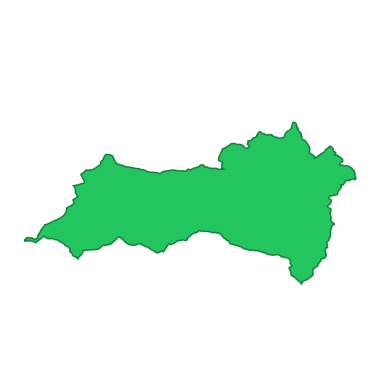 Santa Isabel, Azuay, Ecuador, rotated 276°
{"feature_id": "8360857B32737896699989", "entity_name": "Santa Isabel", "entity_type": "district", "adm_level": 2, "iso_a3": "ECU", "parent_name": "Ecuador", "parent_adm1": "Azuay", "projection": "equal_earth", "projection_center": [-79.364, -3.175], "detail": "fine", "context": "isolated", "style": "filled", "palette": "green", "viewbox_px": 384, "rotation_deg": 276, "n_neighbors": 0, "source": "geoboundaries", "source_scale": "gbopen_adm2", "svg_char_len": 6069}
<svg xmlns="http://www.w3.org/2000/svg" viewBox="0 0 384 384"><g transform="rotate(276 192 192)"><path d="M113.7,85.8L114.1,85.7L115.2,86.0L116.7,87.5L119.7,89.3L120.8,89.8L122.5,89.9L122.9,91.5L125.1,104.4L127.0,106.7L129.5,108.7L130.4,113.1L131.7,116.4L134.0,118.9L138.0,122.3L139.9,123.5L139.4,124.9L137.5,128.2L135.0,131.1L133.1,134.8L133.1,136.2L132.8,138.8L132.9,139.3L133.4,139.7L133.3,141.4L133.7,142.4L134.4,143.0L135.1,144.7L135.2,145.5L133.6,149.5L132.3,154.1L130.8,156.5L129.3,160.6L128.6,161.5L128.4,162.4L127.7,163.7L127.6,164.1L128.5,164.6L128.8,166.0L129.8,167.7L129.9,168.5L129.6,170.0L137.7,174.0L137.7,176.1L138.9,179.5L140.6,181.1L142.2,183.2L142.3,184.9L142.8,185.6L143.0,186.8L143.6,187.8L143.0,190.0L143.2,191.0L144.2,192.4L147.3,193.2L147.6,194.6L148.9,195.3L150.9,197.4L152.3,201.0L153.2,201.8L154.7,204.0L154.0,204.6L154.3,205.9L154.1,209.0L154.5,211.5L154.4,213.3L153.9,215.5L153.9,218.7L154.3,220.2L153.9,220.9L153.9,222.9L152.9,225.3L151.5,226.5L150.9,226.8L149.5,228.7L148.5,230.6L147.7,231.5L147.3,233.3L147.0,233.7L146.0,234.0L144.5,235.6L144.0,237.8L144.0,240.0L143.6,240.9L143.6,242.2L142.9,244.3L142.4,247.3L141.4,248.7L140.7,251.0L140.4,254.5L140.0,255.7L140.5,256.7L140.4,257.9L140.6,258.9L140.2,260.7L140.6,262.8L139.6,268.2L139.1,269.8L139.0,271.8L138.0,273.3L138.1,274.3L137.7,275.8L137.8,277.0L137.6,278.6L138.8,284.2L137.7,286.8L136.9,287.5L136.8,288.2L137.1,289.8L136.4,290.9L136.5,293.3L136.3,294.5L135.5,296.1L134.7,296.3L133.9,297.1L131.4,296.9L129.8,298.4L128.9,298.8L127.9,298.7L127.3,296.7L126.7,296.5L125.1,297.1L123.3,298.4L119.9,299.2L118.9,300.6L118.1,302.9L115.8,305.6L114.0,308.4L112.0,310.6L114.6,311.5L115.4,312.5L116.9,315.7L121.3,320.4L123.2,321.2L124.8,320.5L126.6,320.3L128.6,321.0L131.6,324.7L133.4,324.9L134.5,325.7L135.4,325.8L136.4,327.2L138.3,327.2L139.3,328.6L140.2,330.8L141.0,331.5L143.1,332.2L145.7,331.4L146.6,330.6L147.1,330.5L150.1,330.8L150.5,332.1L151.3,332.6L152.2,331.8L154.0,332.1L155.6,331.2L156.2,331.4L158.4,333.2L159.8,333.1L162.0,334.1L165.4,334.3L166.7,333.6L167.4,333.7L172.0,334.5L173.5,335.3L174.9,336.9L175.8,336.3L176.9,334.1L178.3,332.9L180.7,333.2L183.4,332.0L184.6,332.0L186.1,331.5L187.9,332.2L189.8,331.7L190.9,328.9L191.8,328.3L192.6,328.4L194.6,330.8L197.7,331.4L198.5,331.4L199.7,329.1L200.8,328.6L202.1,329.9L203.0,331.2L203.6,333.8L204.0,334.7L204.2,335.9L204.8,336.8L205.3,337.1L206.2,336.9L208.0,337.3L209.3,338.1L209.7,338.8L210.6,338.9L212.4,340.0L213.3,340.0L214.8,339.1L214.9,339.6L214.9,341.6L215.7,342.2L216.7,342.5L219.3,343.9L220.0,345.2L219.6,346.9L221.8,350.0L222.0,351.0L221.3,352.3L221.6,353.1L222.5,353.5L223.3,353.5L225.0,352.4L227.0,352.3L228.6,351.3L229.7,351.5L230.2,351.0L230.4,350.1L232.4,348.5L233.2,346.9L234.3,343.8L233.9,341.0L234.5,338.6L234.3,336.3L235.1,335.9L236.3,336.4L238.1,338.7L239.9,338.4L241.9,336.1L242.7,334.3L243.7,332.9L243.7,329.9L245.3,330.9L246.4,330.7L247.6,328.3L248.2,327.9L249.9,327.8L251.9,325.0L252.1,324.4L249.6,322.3L248.2,320.6L245.7,319.4L243.1,315.8L240.3,313.2L239.5,311.7L238.9,311.4L238.4,310.3L239.3,310.5L241.1,308.9L242.0,307.2L242.5,305.8L243.8,304.4L245.7,304.8L246.5,304.4L247.3,304.6L247.9,304.5L250.4,303.2L251.2,302.2L252.6,301.4L253.0,300.7L254.4,299.7L254.8,298.7L255.6,297.8L255.9,296.1L256.6,295.3L257.2,295.1L258.9,295.5L259.7,294.5L260.4,294.7L261.4,294.5L263.7,292.2L264.0,291.5L264.9,291.3L265.7,290.2L266.2,290.7L266.6,290.7L268.0,289.2L268.6,289.3L269.3,289.0L269.5,288.5L270.5,288.7L271.3,288.0L271.8,286.8L272.0,285.4L270.1,284.7L266.7,284.2L265.0,283.6L263.0,281.9L262.6,280.8L261.1,279.3L259.6,278.6L256.4,277.8L255.7,277.2L255.0,275.0L255.0,274.2L254.6,272.9L255.3,270.6L255.3,268.4L256.0,266.9L256.5,266.6L256.8,265.2L257.3,265.1L257.5,264.4L256.9,263.2L257.1,261.8L256.4,260.4L256.6,258.5L257.2,258.5L257.2,256.6L258.4,254.9L259.0,253.8L259.0,253.2L258.6,252.3L257.9,251.7L256.5,251.4L255.8,250.7L255.0,251.0L254.4,250.3L253.1,249.6L252.4,248.3L252.1,247.0L250.5,246.4L249.6,245.4L249.1,243.6L248.4,242.2L248.0,242.2L247.5,242.9L246.4,242.6L245.9,242.0L245.4,241.9L244.4,243.7L243.5,244.7L241.3,242.3L241.1,240.6L242.3,239.0L243.3,238.4L244.2,235.6L244.3,233.8L244.1,233.1L244.0,231.6L244.8,229.2L244.0,225.6L243.0,225.1L242.2,224.2L241.4,222.6L240.1,221.3L238.0,217.8L233.8,216.7L230.5,215.3L226.6,214.9L226.2,215.2L225.9,215.8L225.2,218.7L223.8,219.3L222.6,218.7L219.9,219.2L219.3,219.0L218.1,221.4L217.8,220.2L217.8,218.2L217.3,217.2L217.4,215.7L218.0,214.0L217.9,211.3L217.5,209.4L217.7,208.2L217.4,206.9L218.0,205.7L218.4,204.0L218.1,202.6L220.0,200.5L219.9,198.7L219.4,197.2L218.7,196.8L217.2,195.1L216.9,193.9L216.3,193.1L215.9,191.3L215.1,190.6L214.8,189.5L213.9,188.5L214.3,186.0L214.1,185.3L213.5,184.7L212.5,184.8L212.2,184.2L211.9,182.5L212.3,181.0L211.5,178.1L211.9,173.9L211.7,171.9L211.7,169.4L209.4,161.5L208.7,160.3L207.4,159.2L207.0,158.1L207.6,153.2L207.3,149.1L207.5,145.4L207.8,144.4L208.4,143.8L208.9,142.5L209.0,139.5L209.6,136.5L209.6,132.8L210.2,127.7L210.1,123.6L211.2,120.7L211.3,118.4L212.1,115.3L213.1,113.1L219.0,109.5L219.9,108.5L220.2,107.8L220.6,104.6L220.3,102.3L217.9,101.0L214.8,100.2L212.3,97.8L210.9,98.5L209.8,98.2L204.8,92.3L203.9,90.9L203.4,89.5L202.7,84.6L202.2,83.6L200.8,83.0L197.8,79.7L191.7,83.8L189.9,83.9L189.4,83.5L188.6,80.9L187.3,78.3L185.8,73.4L184.7,74.7L183.9,75.2L182.8,75.6L179.4,76.0L175.2,78.8L171.6,74.3L170.4,75.2L168.9,75.8L168.1,75.6L165.9,73.4L163.8,70.0L162.6,69.0L159.4,69.0L155.8,67.3L153.0,64.5L150.4,60.6L145.0,51.6L144.4,50.4L144.2,49.1L143.2,48.9L141.2,47.4L139.8,46.9L138.9,46.0L135.8,44.9L134.7,44.2L133.6,44.0L132.9,43.2L130.7,43.5L129.0,41.8L128.6,39.6L129.0,38.6L129.7,37.8L129.1,36.7L129.7,34.1L128.9,32.7L129.0,32.0L128.3,32.0L126.9,30.5L125.7,30.8L126.6,35.7L126.0,40.2L125.2,41.8L132.5,49.2L130.7,52.8L130.6,55.0L131.1,58.0L130.9,59.4L130.2,61.2L130.4,63.3L129.0,65.2L128.7,66.1L128.7,66.7L127.2,69.9L125.4,71.7L124.7,74.1L123.8,75.4L122.3,76.9L121.4,76.5L119.9,76.8L118.2,79.5L117.2,79.6L116.2,80.2L115.1,83.0L114.9,84.3L113.7,85.0L113.7,85.8Z" fill="#22c55e" stroke="#15803d" stroke-width="1.5"/></g></svg>